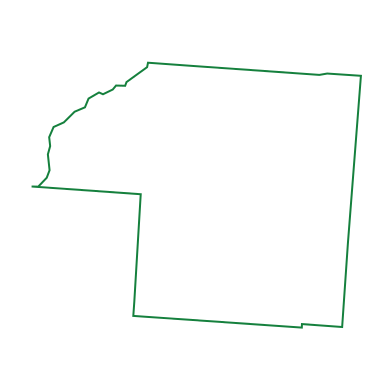 the district of Woodward, Oklahoma, United States of America, rotated 274°
{"feature_id": "52423323B19175534214846", "entity_name": "Woodward", "entity_type": "district", "adm_level": 2, "iso_a3": "USA", "parent_name": "United States of America", "parent_adm1": "Oklahoma", "projection": "natural_earth1", "projection_center": [-99.212, 36.491], "detail": "fine", "context": "isolated", "style": "outline", "palette": "green", "viewbox_px": 384, "rotation_deg": 274, "n_neighbors": 0, "source": "geoboundaries", "source_scale": "gbopen_adm2", "svg_char_len": 541}
<svg xmlns="http://www.w3.org/2000/svg" viewBox="0 0 384 384"><g transform="rotate(274 192 192)"><path d="M64.3,142.1L64.3,155.5L64.4,311.0L67.9,310.9L67.8,351.2L152.0,351.1L319.7,352.4L319.6,318.6L317.7,310.9L317.8,184.0L317.9,139.1L313.4,138.5L297.1,119.0L293.3,117.9L292.9,108.8L288.7,105.8L283.3,96.4L284.8,92.3L278.0,82.3L269.0,79.3L263.9,69.3L252.5,59.3L247.2,49.4L236.7,45.7L227.9,47.3L219.5,45.6L203.8,48.4L196.1,46.1L186.6,38.2L186.3,31.6L186.2,141.0L78.5,142.1L64.3,142.1Z" fill="none" stroke="#15803d" stroke-width="2"/></g></svg>